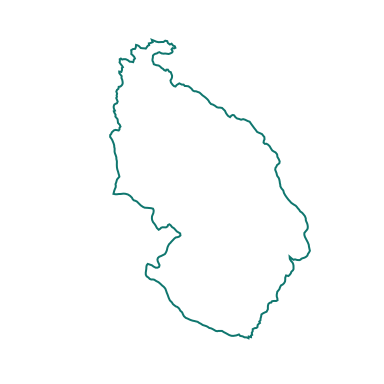 outline of Itacambira, Minas Gerais, Brazil, rotated 317°
{"feature_id": "56859067B7799529172326", "entity_name": "Itacambira", "entity_type": "district", "adm_level": 2, "iso_a3": "BRA", "parent_name": "Brazil", "parent_adm1": "Minas Gerais", "projection": "equal_earth", "projection_center": [-43.326, -16.911], "detail": "fine", "context": "isolated", "style": "outline", "palette": "teal", "viewbox_px": 384, "rotation_deg": 317, "n_neighbors": 0, "source": "geoboundaries", "source_scale": "gbopen_adm2", "svg_char_len": 6026}
<svg xmlns="http://www.w3.org/2000/svg" viewBox="0 0 384 384"><g transform="rotate(317 192 192)"><path d="M248.1,298.3L250.0,298.1L251.5,297.7L252.9,296.5L254.0,295.0L254.8,293.5L255.5,291.4L256.1,290.1L257.2,288.9L258.1,286.7L258.3,284.6L258.4,282.4L257.9,279.9L258.3,277.9L258.3,276.2L258.5,274.4L258.5,272.7L258.0,271.1L257.5,269.0L257.2,267.4L257.3,265.8L257.3,263.4L257.6,260.3L258.0,257.7L258.6,255.4L259.8,253.1L259.9,250.4L260.5,248.1L261.5,246.9L262.2,245.6L263.3,244.1L264.4,242.3L265.1,240.6L265.2,238.8L265.8,237.3L266.7,235.8L268.0,232.5L269.5,231.3L271.0,231.0L272.6,230.3L274.2,230.5L275.6,230.5L277.0,229.4L277.9,227.0L278.4,224.6L279.9,222.5L280.1,220.0L279.4,218.0L279.0,216.3L279.4,214.0L280.0,211.5L279.9,209.2L279.3,207.4L278.1,206.5L278.0,204.7L279.5,203.5L281.0,202.9L282.4,201.1L282.5,199.2L282.7,197.5L281.9,195.5L281.2,194.0L280.6,192.4L280.9,190.2L281.1,187.6L281.4,185.1L281.7,182.5L282.1,179.9L281.2,178.2L280.1,175.3L279.1,173.6L277.2,172.6L276.2,170.6L275.1,169.0L274.8,166.8L275.1,164.7L274.4,163.5L273.0,163.0L270.9,163.2L270.3,161.0L270.4,159.3L270.7,157.4L271.5,155.1L271.3,151.0L270.0,149.3L268.8,148.2L268.0,146.9L267.6,144.5L266.9,142.3L265.9,140.6L266.0,138.0L266.4,136.5L266.5,134.7L266.3,132.3L266.0,130.4L265.6,128.5L265.5,126.5L265.3,124.4L263.5,120.9L262.4,119.9L261.8,118.2L262.1,116.3L261.9,114.5L261.5,112.3L260.0,110.5L259.0,109.5L259.1,107.7L257.8,106.5L256.8,103.9L253.6,103.3L251.9,103.6L251.1,102.4L250.9,100.6L251.3,97.5L252.4,95.7L254.3,95.2L255.7,94.4L256.8,93.3L257.6,91.3L258.2,89.9L257.4,88.3L257.8,86.1L256.7,85.1L255.5,85.4L254.8,84.0L254.8,82.2L254.3,80.4L254.3,78.8L253.9,76.8L252.4,74.9L251.2,72.5L252.2,70.6L252.6,69.1L253.6,68.0L254.9,67.1L256.5,65.6L257.7,65.5L259.3,65.8L260.8,66.7L262.2,66.9L263.5,67.5L264.3,69.9L265.6,71.5L266.8,72.4L269.1,75.2L271.0,76.0L272.8,76.4L273.8,75.8L274.3,73.7L275.9,73.5L276.9,74.8L278.2,75.2L278.8,73.7L278.0,72.0L278.2,69.6L276.4,69.0L276.0,66.5L276.8,64.8L275.6,63.1L273.4,62.8L272.1,61.6L269.7,59.6L268.4,57.7L267.4,55.4L266.4,53.3L265.4,55.6L263.3,54.8L261.8,53.9L260.8,55.4L259.4,54.9L256.0,55.6L255.1,54.4L254.0,53.3L252.7,51.7L252.7,49.1L252.2,47.6L251.4,46.3L249.5,47.9L248.0,48.5L246.3,47.2L244.2,46.8L243.2,48.3L241.7,49.7L241.9,51.3L241.9,53.7L241.3,55.5L239.8,55.5L238.7,56.3L237.5,56.9L236.4,55.3L235.3,54.2L235.0,51.9L234.1,49.7L232.7,48.3L231.3,47.5L231.0,45.9L229.7,45.6L228.6,47.0L227.4,47.8L227.1,49.7L226.9,52.0L226.6,53.6L225.3,53.5L224.1,55.0L222.2,56.0L220.9,54.3L219.9,55.5L219.7,57.6L219.6,59.3L218.2,60.5L217.5,62.3L216.6,63.8L215.6,65.1L214.3,65.9L212.8,66.1L211.5,66.0L210.1,65.1L208.6,66.3L206.7,66.2L205.2,66.9L204.2,69.1L202.8,69.9L202.0,71.2L200.7,71.6L199.9,73.7L199.3,75.2L197.6,75.9L196.1,75.3L194.8,75.1L193.2,75.9L192.2,77.0L191.5,78.4L191.1,80.0L189.9,79.6L189.3,81.2L188.8,83.4L187.4,84.6L187.2,88.0L185.0,91.0L185.0,93.5L184.3,95.4L182.8,95.6L181.6,96.8L180.3,97.0L179.4,95.7L178.4,94.4L177.0,93.7L174.0,93.7L172.6,94.4L171.1,94.5L169.7,95.9L169.4,98.2L169.0,99.9L167.8,103.0L166.9,104.8L165.8,106.1L165.1,107.4L162.8,109.8L162.0,111.2L161.3,113.0L160.4,114.9L159.2,116.3L158.1,118.2L156.8,119.6L155.6,120.8L153.9,122.8L152.7,124.7L151.7,126.9L150.8,128.5L150.1,130.0L149.3,131.3L145.7,131.7L142.9,133.4L141.4,134.1L140.5,135.5L139.4,136.5L137.9,137.1L136.3,137.9L135.0,138.7L133.3,139.8L134.5,141.5L135.6,142.5L136.9,143.4L138.1,144.5L139.3,145.4L140.7,146.4L142.0,147.8L143.4,150.0L144.1,152.6L144.2,155.2L143.7,156.9L143.8,158.5L144.6,159.8L145.2,161.4L145.4,166.8L146.0,169.5L146.7,171.2L148.7,173.3L151.1,176.0L152.1,177.6L151.5,179.2L150.5,180.2L149.3,181.1L147.7,181.8L146.2,182.5L144.8,183.8L143.8,185.2L143.0,187.3L142.8,190.0L142.5,191.8L141.8,194.3L141.9,196.9L143.6,197.2L145.1,197.1L146.4,197.7L147.4,198.7L148.8,200.1L150.6,200.5L151.9,199.8L153.4,200.2L153.7,201.8L153.5,204.0L154.1,206.3L154.0,210.5L154.5,212.1L155.1,214.2L153.9,215.9L152.0,215.8L150.7,215.2L149.2,214.2L147.6,214.0L142.7,214.3L141.4,214.5L139.8,214.5L138.2,215.0L136.5,215.7L135.4,216.4L134.3,217.2L132.8,218.0L131.2,218.6L129.7,218.9L125.6,217.7L123.9,217.0L122.1,217.0L120.8,217.7L119.8,219.1L119.1,221.1L118.4,223.3L116.9,224.3L115.3,223.9L113.8,222.5L113.0,220.2L112.7,218.3L111.7,216.4L110.6,214.4L108.9,214.7L107.5,215.7L106.2,217.0L103.1,219.5L101.8,221.0L101.3,222.8L101.8,224.9L101.8,226.6L102.5,228.2L103.8,229.3L104.6,230.5L105.1,232.7L106.0,235.1L106.3,237.9L106.4,240.1L106.7,242.1L106.6,244.4L105.8,246.4L104.8,248.6L104.2,250.3L102.8,253.5L101.9,256.2L102.0,259.0L101.6,261.0L101.8,262.7L102.2,264.8L102.9,266.1L103.1,268.4L102.5,270.9L102.7,273.3L101.9,275.5L101.4,277.4L101.6,279.8L102.5,281.7L103.1,283.3L103.7,284.7L104.7,286.5L105.9,288.2L106.8,289.6L107.6,290.8L108.0,292.7L108.7,294.6L109.1,296.5L110.9,299.7L111.5,301.2L111.9,303.2L112.9,304.6L113.5,306.0L114.1,307.9L114.6,309.7L115.5,311.0L116.7,311.7L119.2,314.1L119.7,316.2L120.3,317.8L121.0,319.9L121.7,322.1L122.8,324.1L124.1,325.4L125.4,326.3L126.6,327.1L129.2,328.2L129.1,330.1L130.6,332.1L131.3,334.1L132.9,335.7L133.6,337.5L134.9,336.4L136.2,338.4L137.3,337.2L138.6,337.5L139.6,335.8L141.4,335.2L142.9,333.7L144.9,334.3L146.5,335.4L147.8,335.4L149.2,334.1L150.9,333.9L152.4,334.1L152.9,332.6L154.4,332.6L156.0,331.2L157.5,330.3L159.3,328.9L161.3,329.2L163.3,329.8L164.9,330.4L167.5,329.5L169.8,327.1L171.5,326.0L173.2,326.0L174.6,326.9L175.7,326.4L176.9,327.0L178.2,328.1L179.2,329.1L180.7,329.5L181.9,328.0L182.6,326.4L183.8,325.0L186.4,323.1L188.2,322.9L189.8,322.6L191.2,321.8L193.4,321.0L195.1,321.5L197.0,321.5L199.0,320.9L200.4,319.7L201.7,318.3L203.9,317.2L205.2,319.2L207.0,319.2L208.7,318.9L210.3,318.1L212.4,318.1L213.7,317.6L216.0,315.1L216.9,313.6L217.4,312.1L217.4,310.1L217.9,307.7L219.3,305.9L219.5,308.4L220.0,310.8L221.4,311.5L222.5,313.4L224.0,315.0L225.2,315.5L226.5,315.4L228.0,316.0L229.6,316.8L231.4,317.2L233.0,317.2L234.5,316.4L236.4,316.0L238.1,315.4L240.3,311.7L241.4,310.2L242.3,307.9L244.0,301.8L244.9,300.0L246.2,298.6L248.1,298.3Z" fill="none" stroke="#0f766e" stroke-width="2"/></g></svg>